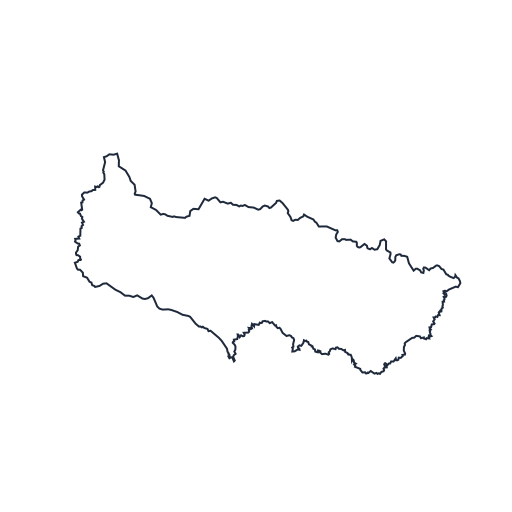 Bo Rai, Trat, Thailand, rotated 326°
{"feature_id": "78962969B7506973022897", "entity_name": "Bo Rai", "entity_type": "district", "adm_level": 2, "iso_a3": "THA", "parent_name": "Thailand", "parent_adm1": "Trat", "projection": "natural_earth1", "projection_center": [102.579, 12.575], "detail": "fine", "context": "isolated", "style": "outline", "palette": "slate", "viewbox_px": 512, "rotation_deg": 326, "n_neighbors": 0, "source": "geoboundaries", "source_scale": "gbopen_adm2", "svg_char_len": 6146}
<svg xmlns="http://www.w3.org/2000/svg" viewBox="0 0 512 512"><g transform="rotate(326 256 256)"><path d="M198.1,93.5L194.6,92.4L191.3,89.7L187.9,89.8L185.2,89.0L183.4,93.8L177.0,99.5L177.0,100.8L176.0,101.6L176.0,103.3L173.1,108.1L170.1,109.7L166.2,109.9L164.9,111.1L164.2,111.1L163.6,109.7L162.6,109.8L161.5,108.5L159.7,111.3L157.4,110.0L155.9,110.3L153.8,109.3L151.7,109.2L149.2,107.3L146.0,107.8L145.2,109.2L145.0,113.1L143.3,113.0L142.1,114.5L140.9,114.0L137.8,120.4L137.0,120.5L136.6,119.6L132.8,120.1L132.9,121.6L133.8,122.5L133.2,125.0L133.8,126.6L132.5,127.8L132.5,131.4L130.4,131.0L130.0,133.5L128.1,133.7L127.2,135.3L125.8,135.1L121.7,140.9L119.6,140.6L119.2,142.7L115.7,140.7L115.4,141.8L114.0,142.9L115.2,146.0L116.3,146.9L115.9,148.7L113.8,148.8L111.4,151.5L108.7,152.5L108.0,153.5L107.7,154.9L108.8,155.7L109.8,158.2L108.9,159.6L108.9,161.0L108.3,161.3L106.5,160.1L104.9,161.1L102.1,160.3L100.6,166.0L100.7,167.7L102.4,169.0L102.7,170.4L103.1,173.0L101.4,176.1L103.8,179.5L103.6,184.3L104.7,186.0L103.9,188.6L105.3,190.6L105.3,191.7L109.5,193.3L113.9,193.5L116.8,195.1L120.6,205.4L123.4,210.2L125.2,215.6L128.7,218.0L131.4,221.4L135.5,222.2L138.0,227.7L139.8,229.5L142.8,230.6L147.5,230.4L147.7,233.3L145.9,242.6L146.5,245.6L148.6,248.2L153.4,251.1L155.4,253.1L159.4,258.4L162.2,263.6L166.5,268.0L167.4,269.7L168.1,278.4L169.3,282.7L170.4,283.2L171.2,284.9L172.4,284.9L172.9,286.8L175.0,289.3L174.6,291.8L176.5,292.5L179.4,302.8L180.1,307.0L180.1,316.7L178.9,319.4L178.9,321.4L178.4,321.7L178.7,323.0L178.3,323.9L177.0,323.7L176.9,324.8L176.8,325.9L178.6,326.0L179.6,326.9L178.8,331.0L179.9,330.8L180.7,326.7L182.2,325.8L184.4,325.7L184.6,323.1L186.5,322.1L188.3,319.7L188.7,317.8L188.2,314.9L189.1,314.3L190.2,314.6L190.9,313.0L194.0,314.4L196.2,312.3L196.9,310.8L197.4,311.3L197.1,314.2L199.3,313.4L200.3,315.3L201.5,315.7L202.6,314.9L202.9,312.8L206.9,315.2L208.1,314.8L208.9,312.9L210.3,313.5L210.1,311.8L212.3,313.6L213.0,311.6L214.7,310.1L215.1,313.2L216.5,311.5L219.7,314.6L221.9,313.4L222.3,314.2L223.5,314.7L224.9,313.8L227.3,314.9L227.9,316.1L229.3,316.9L229.9,319.4L232.4,319.8L232.9,324.3L233.9,324.7L233.3,326.0L233.7,328.0L235.3,328.6L235.6,329.8L235.1,334.7L236.6,339.4L239.3,340.3L240.3,341.9L240.2,343.5L241.1,345.0L240.6,347.0L237.5,349.8L236.3,352.1L234.8,352.1L234.7,353.5L232.7,355.5L234.8,356.7L238.3,356.8L239.6,358.1L240.1,357.0L239.6,355.3L240.0,354.5L242.1,354.4L243.3,355.8L246.7,354.5L248.6,352.7L249.2,354.0L250.4,354.3L250.4,355.7L251.2,356.5L250.5,358.8L252.0,361.5L251.6,362.1L252.3,362.5L251.7,365.0L252.6,366.4L251.7,368.4L253.0,370.0L254.1,369.3L254.1,370.3L255.3,369.7L256.1,371.0L255.2,371.9L255.9,374.3L258.9,375.8L260.9,378.3L261.9,378.1L262.4,376.5L263.8,376.3L265.5,375.0L267.9,375.5L269.8,377.7L271.1,376.7L272.5,377.3L272.9,379.4L274.6,380.6L275.8,383.2L277.2,383.6L276.3,385.3L277.4,387.3L277.4,388.9L277.9,388.9L277.9,389.8L279.3,390.9L278.8,393.4L276.9,396.7L278.5,395.9L278.7,397.1L277.7,399.2L278.5,401.0L276.7,400.8L276.9,402.5L276.1,403.2L279.3,407.8L278.8,408.8L279.1,412.1L281.4,413.4L281.3,414.6L282.2,415.3L283.3,415.1L283.7,415.8L286.8,415.5L288.4,419.7L290.5,420.3L290.8,421.7L292.2,421.9L292.8,423.0L295.2,422.2L297.3,422.9L298.4,422.3L298.7,420.7L299.9,420.3L302.1,421.4L302.6,420.0L301.6,419.5L301.4,418.8L301.8,417.4L302.7,417.0L303.3,417.2L304.1,420.0L306.0,419.4L307.1,420.1L309.1,419.0L311.0,420.4L314.6,419.0L313.9,420.8L314.8,421.5L316.0,421.6L317.5,420.1L319.1,421.4L321.7,421.0L322.1,419.9L324.4,421.0L325.1,420.3L325.6,417.1L327.8,414.1L329.7,413.1L330.5,411.5L332.2,411.2L339.6,411.2L341.6,412.2L344.2,411.8L346.9,414.3L346.8,416.4L349.6,417.4L349.1,418.3L350.5,420.1L351.5,419.5L353.5,421.2L353.9,419.5L354.7,418.8L355.1,420.1L356.7,420.5L356.5,418.5L357.2,417.9L357.6,416.1L358.6,415.5L358.5,414.6L359.8,414.6L359.5,413.3L359.9,412.2L361.4,412.9L363.4,411.0L365.5,412.1L366.2,411.9L366.3,409.3L368.7,408.4L368.9,406.3L370.2,407.0L371.3,406.7L372.3,407.9L373.8,406.8L375.1,407.7L375.9,405.0L377.9,404.4L377.8,405.3L378.7,405.6L380.5,403.3L382.0,403.3L382.4,401.9L383.6,401.1L385.1,398.3L386.4,399.0L387.0,397.6L387.9,397.5L388.7,396.2L388.7,394.8L389.5,394.8L390.6,396.1L391.8,395.5L392.4,394.0L391.0,393.4L390.6,392.0L391.9,391.8L391.4,390.7L391.7,390.0L393.3,390.5L394.2,391.9L397.2,391.7L404.5,393.1L406.0,394.8L410.2,392.8L411.0,390.9L411.4,387.8L410.6,386.5L410.6,383.4L409.5,384.6L407.5,384.8L405.5,381.9L404.5,379.9L404.6,379.0L403.5,377.5L403.8,372.1L402.5,370.5L402.2,366.9L401.1,365.2L400.1,364.7L396.0,364.9L393.7,364.0L391.6,364.6L390.0,360.4L388.8,359.4L387.5,360.1L387.1,361.8L385.3,363.6L383.8,362.0L384.0,359.6L382.5,356.6L381.3,355.9L378.5,356.3L378.7,347.6L380.9,341.2L379.0,338.8L376.6,337.1L376.8,335.7L376.0,334.8L372.7,333.8L370.9,334.8L369.0,337.5L367.7,338.1L366.2,338.3L365.4,337.4L365.2,332.6L368.7,329.6L369.4,328.2L367.6,324.7L367.5,323.2L372.0,316.6L371.6,313.9L367.7,313.1L364.7,316.1L360.4,318.2L357.8,317.1L356.6,314.2L354.3,314.2L353.1,312.5L352.8,311.7L353.7,309.5L352.7,306.7L347.4,307.1L346.2,306.6L345.3,305.2L345.3,303.9L347.0,301.4L347.1,300.3L344.4,298.0L343.6,295.4L339.7,293.0L339.1,291.8L336.8,290.2L333.3,290.5L331.9,289.3L332.3,285.3L334.6,283.0L337.3,281.8L337.7,280.1L336.2,279.1L331.2,271.1L324.6,266.7L324.7,262.2L324.0,260.4L324.0,257.8L320.5,252.2L319.0,248.5L317.4,249.6L313.9,249.1L310.9,249.5L308.8,247.9L306.5,247.7L305.5,246.3L306.4,242.9L306.3,238.2L307.9,236.9L308.3,235.4L307.6,226.9L306.6,223.2L304.1,222.0L302.3,223.2L295.4,224.2L293.9,223.7L293.6,221.6L291.5,219.1L289.2,218.7L285.7,219.5L283.7,218.8L281.2,214.6L277.1,211.2L275.3,207.5L272.7,206.9L271.6,205.7L269.8,205.5L268.4,202.8L265.6,200.7L264.9,197.8L261.9,196.8L259.0,192.6L256.5,191.6L255.9,186.0L254.9,184.5L251.7,183.6L247.6,183.6L245.4,179.8L234.5,185.1L230.5,181.9L226.6,182.0L223.4,185.5L220.2,184.5L218.5,184.7L211.5,179.0L210.2,177.3L208.8,177.0L205.1,173.2L204.1,170.8L202.7,169.3L200.1,168.4L198.9,162.0L196.1,156.7L199.2,153.9L200.1,149.3L196.8,143.6L190.0,137.5L190.2,136.6L192.3,135.1L195.2,129.0L194.1,123.7L195.2,119.8L195.6,112.2L192.4,104.9L195.9,100.0L198.1,93.5Z" fill="none" stroke="#1e293b" stroke-width="2"/></g></svg>